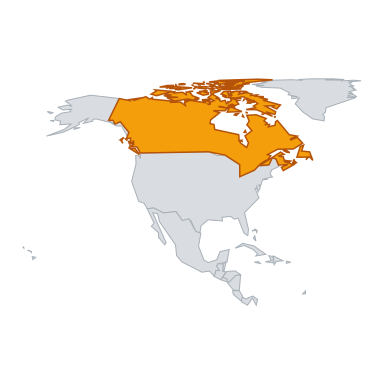 Canada highlighted on a map of North America
{"feature_id": "CAN", "entity_name": "Canada", "entity_type": "country or territory", "adm_level": 0, "iso_a3": "CAN", "parent_name": "North America", "parent_adm1": "", "projection": "equal_earth", "projection_center": [-89.555, 62.395], "detail": "fine", "context": "in_parent", "style": "filled", "palette": "amber", "viewbox_px": 384, "rotation_deg": 0, "n_neighbors": 17, "source": "natural_earth", "source_scale": "50m", "svg_char_len": 10587}
<svg xmlns="http://www.w3.org/2000/svg" viewBox="0 0 384 384"><path d="M140.8,152.9L209.3,151.7L217.0,155.6L225.0,155.1L239.7,164.6L239.8,176.7L259.1,165.7L267.5,165.7L272.3,157.8L276.0,159.0L279.0,166.3L271.5,170.0L270.1,174.5L272.5,176.9L263.1,179.2L267.7,179.3L262.5,179.9L260.5,186.1L258.7,184.1L260.2,187.9L258.1,192.0L256.6,185.3L256.9,189.0L255.1,188.5L259.0,197.9L244.5,212.6L248.5,229.4L247.8,235.7L244.0,233.2L238.1,218.1L234.3,219.2L230.7,216.4L222.0,217.3L222.5,221.0L207.9,219.8L201.0,225.9L199.8,233.3L195.7,231.3L190.7,220.2L182.4,220.6L175.9,211.5L163.5,213.0L153.8,208.0L147.2,208.7L144.1,203.3L138.7,201.3L131.6,181.4L136.0,164.0L135.7,155.5L139.5,155.9L140.2,158.9L140.8,152.9ZM119.3,98.5L108.6,120.4L115.0,124.1L120.3,121.7L129.0,132.3L126.8,135.5L121.7,126.2L116.1,125.9L110.3,122.4L95.9,118.9L93.1,119.4L92.7,121.2L83.4,123.4L88.7,117.8L78.5,122.9L79.5,124.2L76.4,126.1L63.7,132.1L46.5,136.1L64.6,129.2L71.2,124.0L59.8,124.7L60.6,121.2L55.2,119.8L55.2,117.3L57.0,115.8L61.4,113.2L70.5,111.7L69.9,110.1L72.1,109.2L62.7,110.0L58.1,107.2L67.2,105.1L72.3,106.2L65.5,101.2L67.5,100.2L90.4,95.2L119.3,98.5ZM47.2,111.6L49.6,111.8L52.8,112.8L50.4,113.6L47.2,111.6ZM32.2,256.6L35.7,257.3L32.9,259.6L32.2,256.6ZM31.4,251.6L31.7,253.2L31.1,251.9L31.4,251.6ZM29.7,250.8L31.0,251.3L29.5,251.2L29.7,250.8ZM27.3,250.4L28.7,250.4L28.5,250.6L27.3,250.4ZM23.7,246.9L23.9,248.2L23.0,247.5L23.7,246.9ZM50.1,120.6L54.2,120.4L53.7,121.4L50.1,120.6ZM74.4,128.0L80.3,127.6L74.1,129.3L74.4,128.0Z" fill="#d9dde1" stroke="#a8b0b8" stroke-width="1"/><path d="M273.0,256.5L273.3,262.9L265.3,261.8L271.4,260.5L268.8,255.7L273.0,256.5Z" fill="#d9dde1" stroke="#a8b0b8" stroke-width="1"/><path d="M274.2,264.7L273.3,255.9L282.9,260.8L276.2,261.5L274.2,264.7Z" fill="#d9dde1" stroke="#a8b0b8" stroke-width="1"/><path d="M251.8,231.1L254.7,229.6L254.8,230.5L251.8,231.1ZM254.8,228.8L257.1,230.5L256.7,233.2L256.1,230.7L254.8,228.8ZM253.4,238.1L254.8,235.8L255.9,241.1L253.4,238.1Z" fill="#d9dde1" stroke="#a8b0b8" stroke-width="1"/><path d="M298.3,79.5L312.3,78.8L332.7,78.8L344.3,79.5L325.0,79.9L342.9,80.3L341.4,80.9L354.0,80.2L361.0,80.8L347.9,81.9L352.1,82.0L349.9,83.6L351.2,85.0L354.2,85.9L348.6,86.4L352.7,87.2L354.2,88.5L352.3,88.6L355.9,90.0L349.2,91.7L353.1,93.7L348.0,93.4L354.4,95.0L356.3,96.6L353.0,96.9L347.8,95.1L349.3,96.4L347.7,97.4L355.8,97.6L326.1,107.7L325.4,112.3L322.7,114.3L324.4,116.3L324.1,120.9L312.7,118.9L302.9,112.0L295.2,103.8L299.2,98.0L291.9,98.7L291.6,96.3L297.7,96.8L288.1,94.7L289.7,93.0L280.4,88.1L261.5,87.3L255.8,85.9L264.3,85.4L252.0,84.5L265.5,82.8L266.1,82.4L261.1,82.0L271.1,80.7L270.2,80.3L291.9,79.7L302.7,80.4L298.3,79.5Z" fill="#d9dde1" stroke="#a8b0b8" stroke-width="1"/><path d="M147.2,208.7L153.8,208.0L163.5,213.0L175.9,211.5L182.4,220.6L188.8,218.7L195.7,231.3L200.9,233.2L198.5,246.1L203.9,259.9L208.1,262.6L216.8,259.7L220.0,251.6L229.2,249.5L227.0,262.1L217.9,263.8L216.6,266.0L219.5,270.6L215.8,270.6L214.4,276.5L209.6,271.1L201.9,272.2L182.1,262.0L176.6,255.6L175.5,244.9L159.5,221.7L157.6,213.6L152.8,212.8L166.1,242.6L164.7,244.7L158.6,237.4L158.5,232.7L151.3,226.3L154.1,223.2L147.2,208.7Z" fill="#d9dde1" stroke="#a8b0b8" stroke-width="1"/><path d="M257.7,299.5L256.2,305.2L252.5,298.2L247.4,305.2L241.7,301.8L241.4,296.3L245.8,299.0L252.8,296.0L257.7,299.5Z" fill="#d9dde1" stroke="#a8b0b8" stroke-width="1"/><path d="M242.5,296.0L241.3,301.2L233.4,294.5L232.6,290.7L239.3,290.6L242.5,296.0Z" fill="#d9dde1" stroke="#a8b0b8" stroke-width="1"/><path d="M239.3,290.6L233.3,290.0L227.6,282.9L235.5,275.5L240.6,274.7L239.3,290.6Z" fill="#d9dde1" stroke="#a8b0b8" stroke-width="1"/><path d="M240.6,274.7L235.5,275.5L228.6,282.6L222.7,277.0L226.8,271.4L235.3,270.9L240.6,274.7Z" fill="#d9dde1" stroke="#a8b0b8" stroke-width="1"/><path d="M222.7,277.0L227.4,279.4L226.9,281.9L220.5,279.6L222.7,277.0Z" fill="#d9dde1" stroke="#a8b0b8" stroke-width="1"/><path d="M214.4,276.5L215.8,270.6L219.5,270.6L216.6,266.0L217.9,263.8L223.3,263.8L223.0,271.3L225.9,271.9L222.7,277.0L220.5,279.6L214.4,276.5Z" fill="#d9dde1" stroke="#a8b0b8" stroke-width="1"/><path d="M223.3,263.8L226.2,261.8L223.9,271.3L223.0,271.3L223.3,263.8Z" fill="#d9dde1" stroke="#a8b0b8" stroke-width="1"/><path d="M286.4,261.1L290.8,262.2L286.3,263.3L286.4,261.1Z" fill="#d9dde1" stroke="#a8b0b8" stroke-width="1"/><path d="M254.2,262.2L258.3,261.6L260.4,263.5L254.2,262.2Z" fill="#d9dde1" stroke="#a8b0b8" stroke-width="1"/><path d="M242.7,243.3L253.8,245.9L265.9,254.3L255.7,256.0L257.6,253.8L252.8,249.3L244.0,245.4L235.1,248.2L242.7,243.3Z" fill="#d9dde1" stroke="#a8b0b8" stroke-width="1"/><path d="M302.6,293.9L305.5,290.9L305.5,293.8L302.6,293.9Z" fill="#d9dde1" stroke="#a8b0b8" stroke-width="1"/><path d="M128.9,132.4L120.3,121.7L115.0,124.1L112.9,120.3L108.6,120.4L119.2,98.6L129.7,100.6L128.8,99.7L142.5,97.7L135.4,99.4L133.6,100.2L133.9,100.4L145.9,96.7L149.5,99.1L152.4,97.6L152.3,99.2L172.6,101.2L169.9,102.4L180.3,102.0L185.4,105.5L184.5,102.4L189.3,100.8L184.1,100.7L188.6,100.1L205.9,102.8L203.6,101.2L206.2,101.0L209.1,101.5L210.0,104.2L208.0,104.1L209.2,105.0L208.7,104.3L210.1,104.3L210.4,103.6L210.1,102.0L214.2,100.7L208.2,97.5L212.2,94.1L218.1,97.5L215.4,98.5L220.4,99.0L218.7,99.3L220.7,101.4L225.1,100.3L226.6,103.8L231.5,100.4L230.2,98.2L238.9,100.4L236.3,101.1L238.7,104.0L234.8,105.6L232.4,104.2L231.8,104.1L231.2,104.4L233.9,105.9L228.0,105.2L229.6,106.2L226.5,107.9L221.7,106.6L218.2,106.5L227.4,108.3L225.2,110.7L213.3,110.7L219.6,112.8L210.6,119.9L210.0,123.6L214.0,124.5L214.7,129.5L238.7,134.7L239.2,140.7L240.5,143.1L246.7,147.5L248.5,142.9L245.0,135.9L251.9,130.7L246.9,124.8L249.2,121.1L246.8,115.3L256.3,114.8L266.1,118.5L263.9,121.1L267.1,123.0L265.5,124.5L269.5,124.5L268.4,126.8L275.0,125.3L275.6,121.7L277.4,120.5L289.2,134.7L297.0,136.1L290.6,138.8L291.0,140.0L297.2,137.3L302.7,143.2L293.3,149.0L277.8,149.2L267.5,154.6L270.7,155.8L267.5,159.9L265.3,160.7L260.3,164.0L254.4,170.2L239.8,176.7L239.7,164.6L225.0,155.1L208.4,151.8L140.2,153.0L137.2,147.1L130.5,146.3L133.4,144.6L131.1,143.2L133.6,143.5L133.5,141.2L131.1,143.0L130.1,144.4L130.7,138.2L126.4,138.6L128.9,132.4ZM227.9,95.9L231.4,95.9L231.6,94.7L229.2,94.1L232.3,92.6L230.0,92.1L237.3,91.0L240.0,92.6L238.9,94.2L246.6,92.7L251.9,94.0L250.7,95.5L257.2,94.9L255.5,96.2L263.8,96.7L260.9,97.8L268.0,99.4L262.9,100.2L280.4,105.0L276.7,108.9L272.4,107.0L274.1,105.7L265.3,106.0L275.7,111.8L274.8,114.4L266.1,111.8L272.5,116.3L256.5,109.7L246.1,109.6L255.5,107.6L253.5,106.0L257.7,103.6L253.8,100.5L248.3,100.5L250.0,99.5L242.9,96.7L237.8,97.7L239.3,98.4L225.4,97.4L222.3,95.8L226.8,95.9L221.2,94.1L223.7,91.5L230.8,90.9L227.7,92.7L228.6,94.2L231.0,95.2L227.9,95.9ZM257.7,79.2L272.6,79.8L245.1,82.7L249.5,83.2L242.1,83.2L249.8,83.6L236.0,85.5L243.6,86.1L238.5,87.1L222.1,86.6L227.2,85.6L224.9,84.8L231.5,85.4L233.1,85.3L234.9,84.5L225.8,84.3L227.1,83.6L233.6,83.6L236.3,83.3L227.6,81.8L238.6,82.6L234.0,81.8L244.9,81.2L241.6,81.1L244.8,80.6L230.0,81.5L227.4,81.4L233.3,80.9L225.4,81.4L222.6,81.1L227.6,81.0L230.4,80.8L218.3,80.4L257.7,79.2ZM173.7,93.0L182.6,92.3L186.3,94.7L186.1,92.0L189.5,91.9L192.6,95.8L199.4,98.3L194.3,98.5L197.5,99.5L195.2,100.3L187.8,99.0L174.6,101.0L167.0,97.8L178.2,97.3L166.6,96.6L165.2,96.0L171.6,95.0L164.5,94.5L169.9,92.1L174.6,91.7L173.7,93.0ZM278.5,165.1L276.0,159.0L272.3,157.8L269.0,164.8L259.5,165.7L280.6,152.1L284.1,154.3L278.3,156.0L283.4,156.9L284.5,161.7L293.7,164.7L283.3,170.6L281.4,167.3L287.8,164.5L278.5,165.1ZM155.1,89.9L172.4,91.4L156.5,95.7L151.2,94.1L156.5,90.9L155.1,89.9ZM217.9,80.9L225.5,81.7L230.3,82.9L218.7,84.3L213.7,83.3L218.9,82.8L209.0,82.0L217.9,80.9ZM213.3,86.0L223.3,88.2L236.0,87.6L241.3,89.0L218.4,89.5L215.5,86.8L208.4,86.2L213.3,86.0ZM174.6,86.6L192.1,87.8L178.4,89.8L174.9,89.4L181.5,88.5L169.1,88.5L174.6,86.6ZM303.6,145.1L301.6,151.0L309.6,151.9L312.8,160.3L309.2,156.5L305.9,159.7L307.9,157.1L296.9,157.2L300.2,146.7L303.6,145.1ZM199.1,91.4L203.7,91.0L207.6,90.9L204.9,92.3L208.5,92.8L208.3,94.3L203.2,95.2L196.6,92.7L201.6,92.4L199.1,91.4ZM229.9,106.8L232.7,107.7L241.9,111.6L227.2,112.1L229.9,106.8ZM210.4,91.0L220.6,90.7L211.1,94.0L210.4,91.0ZM173.9,85.4L170.3,86.9L159.6,87.1L167.3,85.5L173.9,85.4ZM206.9,86.7L206.1,88.8L197.2,88.0L200.6,87.7L199.2,86.7L206.9,86.7ZM192.8,83.1L202.9,83.6L204.7,84.5L192.8,83.1ZM128.6,147.7L135.3,148.8L139.4,154.6L128.6,147.7ZM238.8,91.1L245.8,91.4L248.1,92.5L238.8,91.1ZM201.9,99.8L208.5,99.2L210.6,100.3L201.9,99.8ZM214.5,88.8L212.6,89.5L208.7,88.8L212.1,87.9L214.5,88.8ZM207.8,83.5L212.2,84.4L206.0,83.6L207.8,83.5ZM248.1,101.5L251.5,103.2L247.3,103.1L248.1,101.5ZM180.2,84.5L185.1,84.5L178.3,84.8L180.2,84.5ZM193.2,91.2L190.1,91.7L188.7,91.4L193.2,91.2ZM294.2,159.2L294.2,163.3L295.0,161.4L296.4,162.6L294.5,163.8L292.5,163.4L294.2,159.2ZM183.0,83.6L185.7,84.1L178.5,84.1L183.0,83.6ZM289.8,152.6L286.7,152.2L282.9,150.2L286.9,150.7L289.8,152.6ZM238.3,113.6L236.2,115.5L234.3,114.9L235.4,113.8L238.3,113.6ZM120.3,139.8L123.6,137.4L122.0,140.0L120.3,139.8ZM209.7,85.0L214.6,84.8L215.5,85.0L209.7,85.0ZM197.4,86.9L196.2,87.7L194.3,87.2L197.4,86.9ZM284.6,160.2L286.5,160.6L290.7,161.1L288.9,162.5L284.6,160.2ZM242.7,115.2L243.6,116.9L242.3,116.5L242.7,115.2ZM169.7,87.2L167.0,88.1L165.9,87.9L169.7,87.2ZM220.9,85.1L219.4,85.4L219.1,85.1L220.9,85.1ZM193.0,85.0L193.0,85.6L191.6,84.9L193.0,85.0ZM120.7,140.3L121.8,141.1L122.9,143.3L120.7,140.3ZM241.9,140.1L242.1,141.4L239.8,140.6L241.9,140.1ZM203.7,82.0L205.0,82.4L202.9,82.1L203.7,82.0ZM195.5,88.6L193.5,88.8L193.1,88.7L195.5,88.6ZM194.0,86.5L195.7,86.5L196.9,86.7L194.0,86.5ZM128.5,140.8L129.7,142.2L129.1,142.9L128.5,140.8ZM254.9,102.1L252.8,102.4L252.2,102.0L254.9,102.1ZM245.2,130.5L246.0,132.4L244.1,132.3L245.2,130.5ZM176.5,84.4L175.8,84.8L175.1,84.6L176.5,84.4ZM206.6,90.4L204.0,90.8L203.2,90.7L206.6,90.4ZM246.3,112.3L247.8,113.0L245.6,112.5L246.3,112.3ZM243.7,100.1L244.0,99.2L244.8,99.3L243.7,100.1ZM228.5,101.6L227.4,101.8L227.9,101.4L228.5,101.6ZM200.9,84.9L198.4,84.9L198.3,84.7L200.9,84.9ZM240.3,98.3L241.3,98.9L239.6,98.5L240.3,98.3ZM221.4,86.1L220.9,86.6L220.2,86.2L221.4,86.1ZM232.7,106.2L235.3,107.1L233.4,106.9L232.7,106.2ZM176.8,86.0L177.1,86.3L175.0,86.2L176.8,86.0ZM276.0,116.9L274.7,117.1L274.6,116.9L276.0,116.9ZM247.9,99.2L246.7,99.5L246.6,99.1L247.9,99.2ZM232.1,106.7L231.4,107.0L231.2,106.4L232.1,106.7ZM209.3,87.9L208.3,88.3L208.0,88.2L209.3,87.9ZM263.2,114.2L262.6,114.5L261.5,113.8L263.2,114.2ZM251.5,100.6L250.9,101.0L250.7,100.8L251.5,100.6ZM242.2,87.2L241.2,87.6L240.6,87.5L242.2,87.2ZM127.0,139.5L126.8,140.2L125.8,139.1L127.0,139.5Z" fill="#f59e0b" stroke="#b45309" stroke-width="1.5"/></svg>